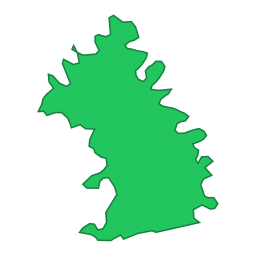 the district of Entre Rios do Sul, Rio Grande do Sul, Brazil
{"feature_id": "56859067B29197155480819", "entity_name": "Entre Rios do Sul", "entity_type": "district", "adm_level": 2, "iso_a3": "BRA", "parent_name": "Brazil", "parent_adm1": "Rio Grande do Sul", "projection": "mercator", "projection_center": [-52.727, -27.512], "detail": "fine", "context": "isolated", "style": "filled", "palette": "green", "viewbox_px": 256, "rotation_deg": 0, "n_neighbors": 0, "source": "geoboundaries", "source_scale": "gbopen_adm2", "svg_char_len": 1953}
<svg xmlns="http://www.w3.org/2000/svg" viewBox="0 0 256 256"><path d="M131.3,21.6L122.9,22.2L113.6,15.4L109.1,17.8L110.5,34.6L105.6,36.7L98.5,34.6L95.1,36.3L95.1,42.1L99.2,50.5L95.7,54.1L83.0,55.2L77.3,52.5L79.4,62.9L73.4,64.5L63.6,59.3L62.4,63.4L70.5,83.7L66.5,86.4L59.4,83.2L53.1,76.0L48.4,74.2L49.1,81.9L53.6,88.3L46.7,94.2L43.2,98.5L41.7,104.5L38.2,111.6L43.7,111.3L46.9,115.4L55.7,112.5L61.8,112.7L67.6,118.0L69.8,122.7L71.4,127.8L80.2,124.7L85.7,128.8L94.6,129.1L89.8,139.5L89.1,146.3L93.8,148.7L95.0,152.7L101.2,157.2L106.1,158.2L107.1,165.4L103.8,169.8L99.9,172.9L91.8,175.7L82.8,184.2L86.7,188.0L98.5,188.2L99.8,181.4L103.2,178.2L108.7,177.7L114.8,187.1L116.8,194.6L105.8,212.5L106.6,222.3L103.0,228.7L97.9,230.0L94.4,224.2L89.8,223.6L83.2,227.6L79.5,232.4L91.1,234.5L95.6,237.1L97.9,240.2L110.9,240.6L114.4,238.2L120.7,235.1L123.6,239.1L137.9,233.4L152.1,230.7L156.0,232.3L199.4,222.5L193.9,218.3L193.3,209.7L202.0,205.0L210.4,209.1L214.7,208.4L217.8,203.7L213.8,197.7L207.9,197.7L204.5,195.9L200.7,184.6L203.5,178.9L211.8,175.3L204.9,167.6L212.9,161.3L207.9,156.5L201.7,156.8L198.1,163.2L195.5,159.4L197.7,155.6L198.6,150.3L194.7,147.9L192.7,143.9L198.8,141.8L203.3,139.3L206.5,135.5L204.0,131.2L199.1,128.6L193.7,129.9L189.4,131.2L184.5,133.2L178.0,133.3L175.0,130.1L177.0,123.7L180.7,121.7L185.4,120.9L188.7,116.4L184.3,113.1L180.3,111.6L177.0,109.8L172.9,108.2L167.6,107.2L163.0,106.2L159.0,103.8L160.9,99.2L164.9,96.1L168.6,93.6L171.4,89.2L167.6,89.5L162.9,90.1L156.8,90.3L150.7,89.2L152.2,85.3L155.1,82.8L158.8,78.6L161.7,74.1L163.7,70.7L164.9,66.5L161.4,61.4L155.8,61.3L152.5,64.7L148.6,66.9L145.4,70.9L146.6,78.1L143.2,81.5L138.3,79.3L136.0,75.3L135.6,70.7L138.7,68.0L142.2,64.1L146.2,58.0L147.4,53.2L142.9,51.6L139.1,51.1L135.4,50.3L131.7,49.1L127.4,48.7L125.0,45.2L129.5,41.5L133.8,40.4L138.7,37.4L136.8,30.9L135.4,26.7L131.3,21.6ZM77.3,52.5L73.6,45.6L72.0,49.4L77.3,52.5Z" fill="#22c55e" stroke="#15803d" stroke-width="1.5"/></svg>